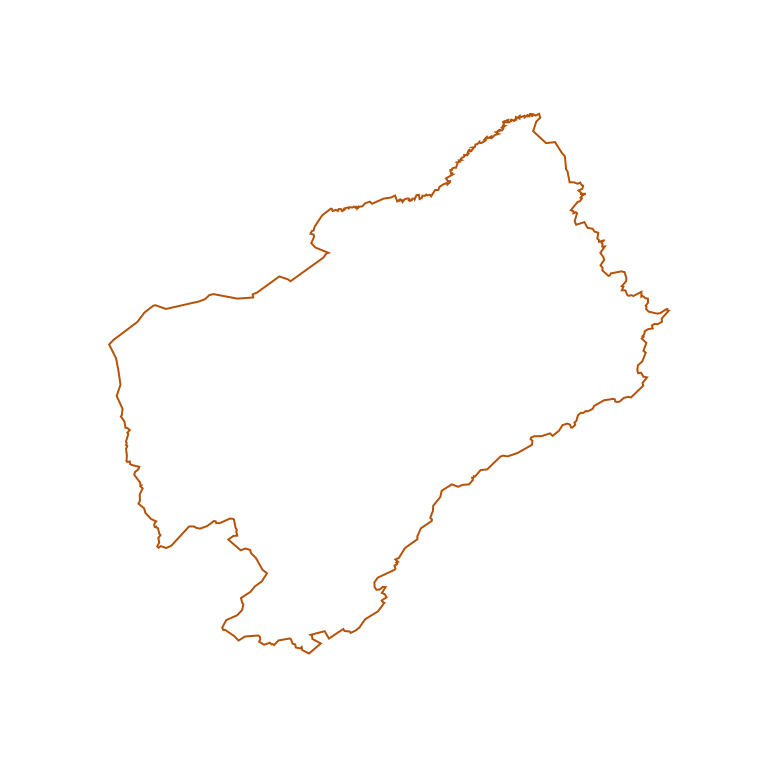 outline of Liezēres pag., Madona, Latvia, rotated 327°
{"feature_id": "27541924B78156453771197", "entity_name": "Liezēres pag.", "entity_type": "district", "adm_level": 2, "iso_a3": "LVA", "parent_name": "Latvia", "parent_adm1": "Madona", "projection": "equal_earth", "projection_center": [26.079, 57.016], "detail": "fine", "context": "isolated", "style": "outline", "palette": "amber", "viewbox_px": 768, "rotation_deg": 327, "n_neighbors": 0, "source": "geoboundaries", "source_scale": "gbopen_adm2", "svg_char_len": 6166}
<svg xmlns="http://www.w3.org/2000/svg" viewBox="0 0 768 768"><g transform="rotate(327 384 384)"><path d="M115.3,502.8L116.9,503.8L121.1,513.9L122.3,519.9L130.0,520.1L141.5,526.4L142.2,528.2L141.4,530.5L138.9,532.2L141.4,537.4L147.4,538.8L147.9,541.2L149.1,541.6L149.6,543.1L155.8,541.6L166.2,546.0L167.0,547.2L165.9,552.0L167.7,554.0L166.5,556.9L169.6,560.1L171.7,559.7L170.5,562.6L174.3,569.2L189.7,567.2L185.1,558.9L186.5,556.0L185.8,554.4L199.6,559.0L199.2,567.5L216.4,567.3L216.4,569.7L220.4,572.9L220.5,574.6L226.2,575.3L230.6,574.9L240.1,571.0L255.1,571.4L265.1,567.7L264.1,566.2L264.2,564.3L270.0,564.3L270.2,560.8L268.4,558.1L274.7,555.2L272.4,553.4L268.8,554.1L265.6,552.5L265.5,549.3L267.9,545.1L273.4,543.0L291.9,545.6L293.0,545.0L294.0,541.9L295.9,542.4L297.2,542.0L297.0,540.4L298.9,540.8L298.0,537.3L301.7,538.0L312.3,533.0L327.4,532.4L329.1,529.8L336.4,525.1L349.4,524.9L350.4,523.7L349.9,521.4L355.9,517.1L359.0,512.9L369.6,509.5L374.2,505.0L386.2,505.1L390.2,510.6L394.8,511.3L400.6,514.5L406.3,512.9L406.8,510.7L407.8,511.3L409.1,510.2L410.0,511.2L418.1,508.8L424.1,511.8L442.0,508.3L444.8,508.9L448.2,512.0L458.3,514.6L475.0,515.6L477.6,512.4L476.9,510.0L478.3,509.0L481.4,509.6L487.9,513.6L496.3,515.8L497.2,519.4L505.4,518.5L511.3,515.7L516.3,517.1L517.8,519.4L517.2,522.4L518.5,523.1L522.2,522.3L522.7,520.1L525.2,519.8L529.7,515.8L533.4,515.4L535.4,516.8L538.8,516.6L539.9,517.9L545.5,518.5L548.4,516.8L559.7,517.5L568.3,521.4L569.2,522.4L568.5,524.7L569.6,526.0L572.2,527.1L577.3,526.3L581.8,527.7L583.8,529.8L600.5,526.6L601.3,524.0L608.2,521.7L605.5,519.1L605.8,514.7L603.0,513.2L604.1,510.2L607.2,506.6L613.0,505.7L620.6,500.2L619.6,497.5L626.4,492.5L624.9,486.2L627.3,485.9L626.8,484.7L629.2,484.1L631.5,481.7L635.5,481.9L639.7,483.7L640.5,480.8L643.7,481.0L646.2,482.9L651.1,483.1L652.6,480.3L662.7,477.6L661.8,476.6L662.4,475.5L661.4,475.0L654.2,475.0L651.4,473.7L645.4,467.5L644.7,464.0L646.2,462.2L646.1,460.9L649.7,459.6L651.8,456.1L650.0,454.5L648.8,451.0L647.4,450.9L650.1,446.9L641.1,446.0L639.9,444.3L637.1,443.2L636.5,441.7L637.5,437.0L634.5,435.0L637.8,432.8L636.6,431.5L643.0,429.7L645.2,426.7L646.6,421.0L644.4,418.8L634.5,414.8L632.4,416.0L631.1,415.5L629.0,407.5L630.6,405.8L630.2,402.4L636.3,399.8L637.1,396.9L636.9,391.8L644.2,388.9L641.9,387.6L643.5,385.6L643.4,383.7L647.4,383.5L641.7,381.8L642.6,380.2L642.1,378.2L646.1,373.8L643.6,370.9L643.5,367.4L639.8,363.9L640.2,357.4L631.9,355.1L632.5,351.4L638.9,345.9L638.4,344.4L635.8,343.9L636.9,342.2L635.3,340.0L645.5,336.8L647.8,337.4L651.1,336.1L650.3,334.8L652.6,334.0L656.8,334.2L652.7,331.9L653.5,331.1L652.5,327.7L656.7,328.3L659.0,326.2L658.0,324.2L658.2,321.9L655.3,321.4L653.2,318.4L649.6,315.9L653.8,305.3L653.6,303.2L659.7,291.6L659.0,287.0L659.2,274.3L651.1,270.2L646.8,253.2L654.6,246.9L660.1,245.7L661.2,241.9L657.2,241.4L656.2,239.4L654.5,240.1L653.8,239.3L655.2,238.3L653.6,237.1L651.6,238.4L651.6,237.6L650.4,237.7L650.5,236.6L647.1,237.0L647.8,235.5L643.8,234.7L644.1,233.0L641.8,233.4L641.7,234.5L640.0,232.0L638.9,233.5L637.4,233.5L638.1,234.3L636.2,234.2L634.9,231.7L634.0,231.6L633.7,232.7L631.1,232.6L630.2,231.9L631.9,230.1L627.5,229.1L628.2,230.5L626.4,229.9L626.3,231.2L624.4,232.1L625.9,233.4L623.0,233.3L624.5,234.7L622.5,233.9L622.5,235.1L621.0,235.6L619.3,233.7L617.8,233.8L618.0,234.6L615.2,233.8L615.9,234.8L614.9,235.5L615.9,236.5L612.7,235.6L608.0,236.4L606.9,235.3L608.0,234.7L605.0,234.4L605.0,232.7L601.3,233.7L602.4,234.6L601.7,235.2L597.1,235.0L595.6,233.9L596.0,232.9L593.0,233.7L591.2,232.9L589.2,234.8L587.0,233.9L587.7,234.8L583.8,236.2L582.9,235.9L583.3,234.1L582.2,234.1L579.5,236.1L580.2,236.8L578.4,237.5L576.0,235.6L575.3,237.0L571.6,236.7L570.6,237.6L571.0,238.3L568.8,237.3L569.0,238.9L565.9,237.9L566.3,238.7L562.1,241.9L560.6,240.7L558.5,240.4L557.6,241.5L556.0,240.8L555.0,243.8L555.8,244.3L554.7,244.9L555.7,245.7L548.0,245.3L548.0,248.6L549.9,249.9L549.0,250.8L545.7,251.3L546.2,249.6L542.3,248.9L538.0,248.9L535.2,250.9L532.5,249.1L525.7,252.3L525.6,250.5L522.9,249.3L522.7,248.2L520.5,248.4L518.8,247.0L517.0,248.5L514.6,248.3L516.3,244.3L514.1,243.3L510.2,245.9L510.3,245.0L508.6,244.0L507.3,245.1L505.2,244.4L504.8,243.6L506.0,243.1L505.7,241.7L502.9,240.5L499.7,240.4L500.1,241.0L498.6,241.5L498.9,239.2L497.0,238.9L497.6,237.9L494.6,238.1L495.9,232.0L491.4,231.4L484.6,228.3L472.1,226.3L471.5,223.4L466.8,222.2L462.4,223.2L460.1,221.9L457.4,222.4L458.3,221.2L456.7,221.2L457.0,220.2L455.9,220.2L455.4,218.8L453.5,218.8L451.5,217.0L450.0,217.5L450.0,216.3L446.3,215.1L445.3,215.5L445.7,216.3L442.2,216.2L443.1,215.8L443.1,213.8L441.2,212.6L439.5,213.8L438.4,211.7L435.1,210.9L435.6,208.5L434.8,208.0L423.9,208.9L411.5,214.3L408.5,217.0L406.8,216.4L404.2,217.9L406.3,220.4L405.6,222.4L399.7,226.3L400.9,232.4L408.8,243.7L406.8,243.2L401.9,245.0L361.6,246.9L360.4,243.9L354.8,236.8L327.4,238.2L322.7,237.3L321.4,240.2L307.6,232.6L289.9,215.7L285.9,214.3L280.4,215.4L274.1,214.1L242.0,202.3L235.2,193.4L233.1,192.7L222.1,193.6L211.1,197.6L181.3,199.7L175.0,201.1L173.3,216.6L168.3,228.7L162.6,241.1L153.3,248.4L151.2,262.5L146.9,267.6L145.6,267.9L145.9,274.1L143.3,279.9L144.4,280.5L145.8,284.1L142.2,285.1L142.3,286.7L136.4,291.6L135.9,293.7L134.4,294.6L134.9,296.3L132.4,297.8L129.3,304.1L126.0,308.5L126.1,309.4L128.6,310.6L127.5,313.0L128.3,314.5L133.7,320.2L131.3,321.9L127.4,322.1L125.1,324.0L125.8,333.9L124.5,336.2L125.2,336.8L124.0,337.0L124.8,340.1L119.0,343.5L115.8,348.9L112.9,350.7L115.1,357.7L113.7,362.0L115.1,370.3L118.1,375.1L115.6,375.9L114.1,377.7L113.9,378.9L115.1,379.5L114.6,379.9L115.9,381.8L114.0,387.3L114.3,389.0L111.0,390.1L109.1,394.5L105.3,396.8L105.7,398.6L108.5,398.4L111.9,402.9L117.6,403.8L142.9,397.3L147.1,400.0L148.2,402.4L150.9,405.1L158.2,406.8L166.9,406.3L168.0,407.6L167.5,409.3L170.5,411.2L181.7,413.0L183.6,414.6L184.4,415.7L181.2,423.9L181.1,426.3L179.7,427.3L178.3,431.3L175.0,429.4L168.7,429.7L173.2,445.3L178.3,446.6L181.4,450.2L180.4,453.3L181.8,460.5L180.9,473.6L182.8,479.0L174.0,483.0L165.5,483.4L158.7,485.6L147.5,485.6L146.0,489.8L146.0,492.3L141.9,496.3L134.9,498.0L123.2,496.1L115.7,500.1L115.3,502.8Z" fill="none" stroke="#b45309" stroke-width="2"/></g></svg>